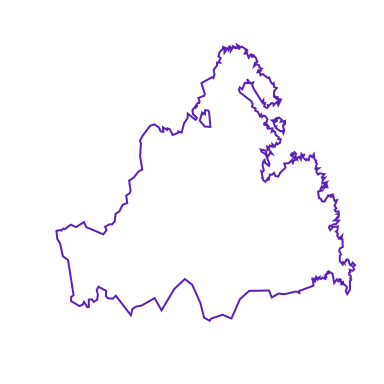 Larvik nor, Vestfold, Norway (Equal Earth projection), rotated 257°
{"feature_id": "86288312B65509327591170", "entity_name": "Larvik nor", "entity_type": "district", "adm_level": 2, "iso_a3": "NOR", "parent_name": "Norway", "parent_adm1": "Vestfold", "projection": "equal_earth", "projection_center": [10.003, 59.143], "detail": "fine", "context": "isolated", "style": "outline", "palette": "violet", "viewbox_px": 384, "rotation_deg": 257, "n_neighbors": 0, "source": "geoboundaries", "source_scale": "gbopen_adm2", "svg_char_len": 6038}
<svg xmlns="http://www.w3.org/2000/svg" viewBox="0 0 384 384"><g transform="rotate(257 192 192)"><path d="M184.6,51.2L176.6,50.2L171.4,51.9L158.6,51.7L153.9,55.7L151.7,55.8L118.1,53.4L117.0,50.7L113.0,49.6L106.2,56.6L106.8,60.2L109.3,62.1L103.4,64.1L103.1,65.6L110.4,67.2L109.9,70.2L107.1,71.5L108.3,75.3L113.1,77.2L118.0,77.1L120.7,79.6L115.0,86.1L110.0,84.7L107.3,86.2L105.9,91.0L108.1,94.4L85.7,104.7L91.5,107.7L92.9,112.0L92.7,117.3L97.0,131.7L83.5,135.7L101.5,152.9L108.8,165.4L101.7,171.3L81.9,175.2L66.8,175.5L62.6,180.3L64.3,181.9L65.5,194.2L59.9,202.0L76.8,214.6L82.8,225.4L78.7,244.9L71.3,246.0L73.6,253.5L71.6,259.0L71.7,270.8L69.5,273.9L71.4,273.9L73.4,289.3L77.9,289.9L77.0,291.6L78.2,292.2L79.8,289.8L79.0,289.4L80.6,289.8L79.4,293.0L82.5,294.1L79.1,293.7L80.3,296.9L79.0,296.1L79.5,297.0L78.1,298.3L79.3,299.6L77.5,302.1L79.1,302.3L78.1,303.1L78.9,303.9L81.5,303.6L81.7,305.1L84.3,306.3L82.2,305.8L82.0,307.0L83.8,307.4L80.8,310.5L71.3,310.1L74.4,313.5L73.2,314.8L71.3,314.0L73.9,316.2L73.1,317.3L70.5,316.6L70.5,319.0L68.6,318.4L68.7,317.3L68.4,317.0L67.9,319.5L64.3,321.7L60.7,319.5L57.6,320.3L61.5,324.1L69.4,325.7L70.7,327.4L72.3,326.7L73.4,328.1L73.2,327.3L74.7,327.8L76.1,326.5L78.0,326.9L78.3,328.1L80.6,328.2L79.1,330.7L79.9,332.5L83.2,332.1L84.1,334.4L87.0,332.7L84.6,330.3L85.5,329.5L91.0,329.0L91.1,326.2L90.8,327.1L89.6,326.3L90.4,326.4L88.8,324.8L89.3,324.1L88.3,324.3L89.2,323.4L87.4,322.5L91.6,320.5L96.5,321.6L97.4,323.0L101.8,322.2L103.8,323.5L104.5,326.5L112.0,328.0L112.4,326.7L115.6,328.3L113.5,324.8L117.0,323.7L118.4,324.9L121.2,323.4L121.6,324.9L125.6,326.4L126.1,321.5L123.8,318.1L126.7,317.5L128.2,318.7L127.5,320.0L128.6,321.8L128.4,325.3L131.1,328.8L132.3,324.3L134.3,328.7L134.7,327.9L136.2,329.9L137.9,330.0L137.7,329.4L137.9,328.9L138.2,330.3L140.2,330.4L140.5,327.8L142.4,327.0L143.7,329.0L146.4,327.8L151.5,331.4L151.3,328.9L158.0,328.6L157.6,327.1L155.2,326.5L157.8,326.0L157.1,324.5L158.0,323.9L152.9,318.9L153.7,316.6L156.5,315.9L157.3,314.4L164.1,314.9L164.2,319.1L165.9,317.7L168.1,319.7L165.8,320.9L166.9,323.2L166.2,325.0L167.9,324.9L167.8,323.1L168.7,324.0L168.5,322.0L171.3,325.5L171.0,321.0L173.6,321.7L176.0,324.6L175.9,322.2L177.0,321.7L179.6,325.0L181.5,320.7L180.7,318.6L183.7,317.8L185.4,318.2L186.6,321.0L187.0,319.3L185.6,318.3L186.7,317.4L191.4,320.0L194.0,319.0L193.4,319.6L194.6,320.1L196.1,318.7L201.3,319.2L198.9,316.9L201.0,315.7L200.6,314.7L196.7,312.9L198.2,311.3L197.2,310.4L201.2,307.5L203.6,310.5L202.5,308.2L204.4,307.2L199.4,305.4L202.1,304.4L201.7,302.3L202.5,302.1L200.8,301.9L203.6,300.6L206.0,301.9L207.8,300.8L205.8,299.0L207.2,298.3L205.9,296.6L200.0,300.8L200.0,298.3L197.5,296.8L199.8,296.1L199.0,295.3L200.5,296.1L198.3,292.6L199.0,288.3L194.7,288.6L191.1,282.5L187.6,279.5L188.8,276.9L192.2,276.2L190.8,273.7L191.5,271.8L186.8,269.6L186.6,267.8L187.4,268.0L185.4,265.7L187.5,264.1L190.2,264.1L189.5,262.8L190.5,264.1L196.7,264.2L195.9,265.2L196.9,266.8L202.6,266.8L205.5,268.3L204.8,269.2L208.2,270.1L204.2,269.7L200.2,272.9L202.0,273.8L211.8,272.3L211.2,271.9L212.4,272.1L215.5,268.8L217.9,268.5L215.9,272.9L211.2,273.2L209.8,274.5L212.5,276.7L211.1,278.7L216.6,276.3L216.1,275.2L219.4,275.5L217.9,277.2L219.7,278.5L217.9,280.6L220.6,281.1L217.6,282.9L220.7,285.3L219.2,286.0L220.1,288.6L223.4,290.4L224.1,288.1L225.8,288.9L228.8,286.3L231.4,286.6L233.4,285.0L232.8,283.3L235.8,284.8L236.7,280.0L238.4,280.0L238.5,281.2L240.4,280.5L240.8,278.2L242.3,276.9L240.8,280.0L242.9,278.6L242.9,280.0L246.0,281.9L249.4,280.5L250.3,279.0L249.3,277.2L252.0,276.9L250.4,275.3L255.2,274.3L257.1,271.9L259.2,272.8L261.5,269.6L264.3,271.0L267.4,270.0L278.3,261.1L281.0,260.7L283.2,262.2L280.7,264.0L286.5,268.1L285.5,271.5L289.6,271.0L284.6,273.5L285.0,276.2L282.4,274.7L278.5,275.4L263.8,280.5L265.3,282.1L262.3,281.4L262.2,283.2L259.3,281.6L257.0,283.9L257.9,285.6L259.5,285.4L259.1,286.9L260.8,289.4L260.1,291.2L258.1,291.0L260.8,295.2L257.2,295.6L261.0,298.7L260.3,296.1L262.6,298.5L263.4,296.0L265.0,296.9L266.1,295.0L265.0,294.6L266.5,293.3L271.6,294.6L274.3,298.0L275.8,295.6L279.7,296.1L279.1,294.8L281.0,293.6L286.3,292.9L285.8,291.7L291.1,287.4L290.4,285.1L293.8,284.9L294.0,282.8L295.6,283.9L294.5,285.0L295.1,287.4L295.4,285.6L296.5,287.7L298.2,285.6L300.4,285.9L302.0,283.4L300.6,280.8L303.7,282.6L304.1,284.9L308.7,284.4L310.3,283.1L310.2,280.9L311.7,280.8L311.9,281.9L312.9,280.3L310.2,277.4L314.9,276.9L314.9,273.6L315.9,276.1L318.7,276.1L317.4,277.7L317.8,277.8L322.6,273.0L321.5,270.5L323.5,270.7L325.0,269.2L321.4,269.7L324.4,265.3L323.0,265.8L323.8,264.5L320.9,261.7L324.0,262.5L325.3,261.5L322.4,259.8L324.3,259.7L320.5,255.0L324.4,255.8L324.7,257.2L326.4,255.0L324.7,254.5L322.2,250.5L318.2,248.3L316.1,250.1L313.0,247.6L311.7,248.4L312.5,245.4L309.6,244.8L306.3,240.7L301.3,240.3L298.2,238.5L299.4,237.5L296.0,225.7L284.4,226.5L283.0,225.4L282.2,219.3L278.7,219.8L276.3,218.7L278.0,218.8L276.6,216.3L273.9,215.0L275.6,216.8L274.3,215.9L273.4,214.6L274.5,214.3L271.6,210.8L267.7,210.5L263.2,213.5L262.1,212.7L261.6,211.6L269.3,205.5L264.8,204.2L260.9,199.8L252.3,195.3L254.1,192.2L252.8,192.1L251.8,186.0L258.1,184.5L259.6,182.3L258.2,181.6L261.5,178.3L257.1,177.7L258.1,175.1L262.4,174.2L266.3,170.7L266.0,166.2L257.9,156.5L253.5,152.7L250.9,153.2L238.5,149.5L225.1,148.6L224.1,144.6L219.1,138.4L217.2,133.3L206.8,132.4L204.9,131.1L203.3,127.1L195.8,126.4L195.2,121.6L189.4,116.8L187.9,112.6L180.7,110.1L178.4,106.7L179.1,104.2L177.7,99.5L174.1,100.2L170.7,96.0L181.6,81.0L186.9,80.0L183.9,71.0L187.4,66.6L184.4,59.6L185.3,58.5L183.8,55.8L184.6,55.1L184.6,51.2ZM265.9,226.6L251.3,224.6L252.8,219.3L259.7,215.6L267.0,219.6L265.4,220.3L266.2,221.5L265.1,222.2L268.7,223.2L267.8,226.2L265.9,226.6ZM243.8,286.0L241.9,287.2L237.3,287.5L237.0,289.0L235.4,288.3L231.3,291.8L231.3,293.9L228.7,294.3L231.4,295.8L235.9,295.4L237.2,297.5L238.5,296.1L237.7,298.0L240.4,298.6L240.5,294.3L242.3,295.7L245.0,293.5L243.7,290.8L244.9,291.0L244.5,289.9L242.2,290.8L241.5,288.5L243.6,288.5L243.8,286.0Z" fill="none" stroke="#5b21b6" stroke-width="2"/></g></svg>